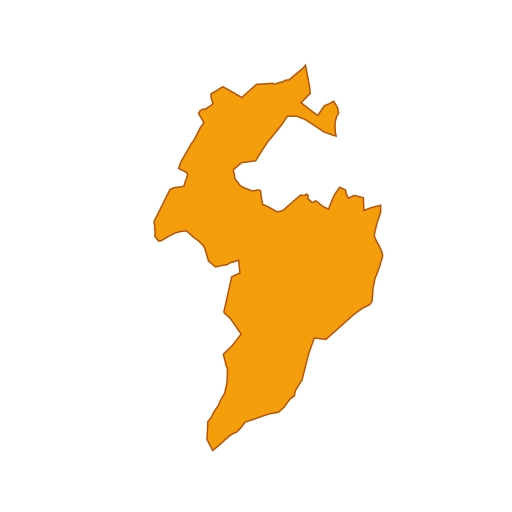 outline of Mani, Katsina, Nigeria, rotated 211°
{"feature_id": "59680162B59976260592487", "entity_name": "Mani", "entity_type": "district", "adm_level": 2, "iso_a3": "NGA", "parent_name": "Nigeria", "parent_adm1": "Katsina", "projection": "equal_earth", "projection_center": [7.952, 12.901], "detail": "fine", "context": "isolated", "style": "filled", "palette": "amber", "viewbox_px": 512, "rotation_deg": 211, "n_neighbors": 0, "source": "geoboundaries", "source_scale": "gbopen_adm2", "svg_char_len": 3099}
<svg xmlns="http://www.w3.org/2000/svg" viewBox="0 0 512 512"><g transform="rotate(211 256 256)"><path d="M203.6,73.5L192.9,67.0L190.1,75.1L188.3,81.1L187.1,84.7L185.8,88.8L184.0,92.4L182.0,94.9L180.5,100.8L179.7,108.2L172.8,116.2L167.8,122.3L165.3,125.2L163.0,127.8L156.3,133.6L154.1,140.6L153.6,147.0L153.1,151.2L151.1,155.6L153.0,161.3L152.7,173.6L159.0,194.2L160.3,198.4L163.8,215.7L153.1,220.5L150.6,228.6L142.1,256.0L137.8,266.2L133.5,272.9L133.2,276.9L135.6,281.8L139.3,289.1L141.0,294.1L142.3,297.7L144.4,309.6L147.5,321.4L150.6,324.7L155.6,328.1L160.9,331.1L164.8,334.0L165.8,335.9L169.0,345.7L171.8,358.0L175.3,363.7L182.5,356.4L187.0,350.6L194.0,361.3L195.1,360.8L196.4,360.5L197.8,360.0L199.5,359.6L200.4,359.3L201.6,359.0L203.0,358.3L203.5,358.0L204.2,356.9L204.9,355.6L205.2,354.9L206.0,354.0L206.6,353.2L208.7,354.5L210.8,356.0L213.4,358.7L219.7,358.0L220.3,349.6L219.6,343.2L218.0,333.6L223.4,332.9L233.1,334.1L235.3,330.9L241.3,331.8L242.3,334.5L243.3,334.9L243.9,335.2L244.6,335.1L245.1,334.1L245.3,333.1L249.1,331.1L249.6,329.9L250.1,328.4L252.5,320.9L256.6,308.4L258.2,306.9L260.7,304.7L270.2,304.5L276.8,303.7L280.7,307.9L285.9,314.4L288.4,313.6L289.7,312.5L291.7,310.3L294.4,309.5L300.7,308.5L302.8,308.2L304.4,308.1L306.7,308.5L314.1,311.5L316.8,315.2L318.8,316.6L319.4,317.7L319.7,319.2L318.3,322.8L316.9,327.2L316.5,328.5L305.3,337.5L305.2,348.0L305.1,351.5L304.7,360.9L303.7,366.4L301.6,381.5L301.1,391.9L293.5,396.7L284.5,398.3L277.8,398.1L261.6,397.4L252.1,399.2L249.1,400.1L251.3,402.4L252.5,404.1L254.1,406.5L255.6,408.8L256.6,410.5L257.0,411.4L257.6,413.1L258.1,414.8L258.3,415.7L259.0,418.2L258.6,420.2L259.1,421.6L260.3,422.4L260.9,423.4L262.0,424.7L263.7,425.9L265.6,426.8L267.3,427.6L268.8,428.7L269.8,427.6L271.1,425.1L272.5,423.0L274.1,420.9L274.8,419.9L275.4,408.2L281.8,408.8L296.4,410.6L293.2,423.2L297.2,428.6L311.8,445.0L312.3,441.7L318.6,423.6L319.7,423.0L320.8,422.4L323.1,418.8L323.1,418.4L323.2,418.2L323.4,418.0L323.6,418.0L324.0,417.8L324.6,417.7L325.7,416.1L327.5,414.0L328.6,412.9L329.6,412.5L331.1,412.5L333.7,410.4L344.0,403.4L348.4,389.2L348.9,387.8L349.6,384.5L360.0,384.4L371.4,384.1L373.2,381.1L375.9,375.7L378.1,371.9L376.0,368.5L371.4,364.5L372.2,361.3L373.8,358.7L374.6,356.1L376.8,354.9L377.9,352.8L378.7,352.1L378.8,351.5L378.5,349.2L378.8,348.7L369.3,343.4L369.8,337.2L368.8,323.2L369.3,319.0L368.9,301.9L368.8,297.9L367.3,291.1L363.6,291.5L358.5,291.8L357.4,291.2L356.5,290.7L353.9,278.8L355.4,276.9L361.3,272.5L364.0,268.8L361.8,241.3L361.3,234.0L361.0,232.9L360.0,231.4L359.0,230.5L358.0,229.4L357.1,227.2L356.4,226.3L355.4,225.8L352.9,220.7L347.0,218.6L344.9,220.6L340.7,228.4L337.2,234.1L333.3,238.1L328.7,241.7L324.8,241.1L319.4,239.9L313.3,239.4L307.7,238.1L304.4,236.7L294.2,227.3L285.1,225.7L280.9,229.8L275.9,234.1L275.6,235.7L268.7,243.4L261.0,233.1L266.1,225.7L254.8,191.7L253.6,190.7L246.2,189.4L228.5,181.4L230.3,166.4L233.4,155.0L224.6,146.1L222.6,145.0L216.1,133.6L212.2,122.5L212.0,112.8L211.3,108.3L211.8,100.0L211.2,94.5L212.0,89.3L206.5,79.1L203.6,73.5Z" fill="#f59e0b" stroke="#b45309" stroke-width="1.5"/></g></svg>